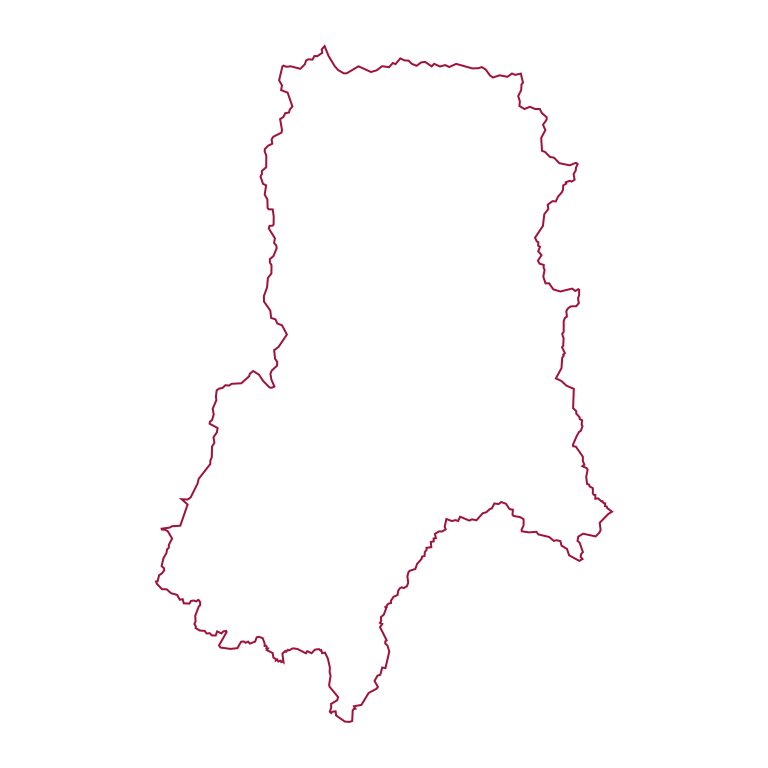 the district of Song, Phrae, Thailand
{"feature_id": "78962969B64048827158998", "entity_name": "Song", "entity_type": "district", "adm_level": 2, "iso_a3": "THA", "parent_name": "Thailand", "parent_adm1": "Phrae", "projection": "robinson", "projection_center": [100.212, 18.562], "detail": "fine", "context": "isolated", "style": "outline", "palette": "rose", "viewbox_px": 768, "rotation_deg": 0, "n_neighbors": 0, "source": "geoboundaries", "source_scale": "gbopen_adm2", "svg_char_len": 6068}
<svg xmlns="http://www.w3.org/2000/svg" viewBox="0 0 768 768"><path d="M523.0,82.6L520.8,73.6L515.2,74.9L512.0,73.5L507.4,76.8L499.6,75.3L493.0,77.5L489.9,75.4L485.7,69.5L481.7,67.1L478.5,68.2L472.3,68.4L456.2,63.9L449.2,67.0L445.2,65.1L440.0,66.5L434.1,63.8L431.7,66.4L425.1,61.9L421.2,62.4L416.5,65.8L411.6,63.7L408.5,60.6L404.4,60.4L400.3,58.4L395.5,64.1L392.8,63.0L389.1,67.2L382.1,66.2L376.7,70.3L371.0,72.0L358.5,66.3L346.7,73.3L343.7,73.3L338.2,70.1L334.8,66.3L328.6,56.1L324.6,46.1L321.7,49.4L322.3,52.8L317.3,56.2L314.4,56.0L312.5,59.6L308.5,59.3L306.1,60.4L304.9,64.2L300.4,68.8L290.7,66.3L286.4,66.8L283.5,65.6L282.4,66.5L279.1,80.3L282.0,85.4L281.1,90.1L287.6,92.6L292.4,106.5L289.7,109.7L289.0,112.5L285.2,113.2L283.4,117.0L280.1,119.1L282.0,130.0L281.5,132.6L273.4,136.7L271.6,139.4L272.3,143.7L268.0,145.8L264.8,149.1L264.7,151.7L266.3,155.4L266.2,167.2L261.9,170.9L261.9,174.1L260.5,176.4L263.0,183.8L266.1,185.4L264.7,194.7L267.4,199.4L267.6,207.9L268.7,209.3L272.7,209.4L273.7,216.2L273.6,224.5L272.7,225.6L269.5,225.9L268.8,228.5L274.9,238.3L274.1,243.0L276.2,245.4L276.7,248.2L273.4,256.1L269.8,259.2L269.9,262.5L271.5,265.2L271.4,273.5L267.9,277.9L267.1,287.2L263.9,296.1L264.0,301.6L270.3,310.6L271.1,317.9L275.5,319.4L277.3,323.5L282.0,325.3L286.9,334.5L278.5,347.0L274.1,350.2L275.1,358.8L277.2,361.9L277.1,365.6L271.6,370.7L270.4,373.9L271.4,379.6L274.4,386.6L271.6,387.8L269.5,387.4L263.1,380.9L259.0,374.7L253.2,371.0L249.8,373.8L249.2,376.2L241.3,383.3L231.7,383.8L229.0,385.6L225.4,385.2L222.5,388.0L219.4,388.5L216.7,390.3L215.9,396.7L216.4,400.1L212.7,408.7L213.7,414.5L212.0,420.2L209.9,421.7L209.6,423.7L217.6,428.0L216.9,432.3L213.5,437.2L214.4,442.7L212.0,446.6L211.8,457.2L210.3,460.7L210.3,464.0L198.7,478.8L197.5,483.7L190.7,497.3L187.8,499.5L181.6,499.2L187.6,504.5L180.3,525.7L172.1,526.2L169.7,527.6L161.6,528.7L161.8,529.5L165.3,529.8L167.9,531.4L172.1,538.6L168.8,544.9L168.8,547.8L167.1,549.4L166.4,553.2L163.5,558.0L161.6,566.1L164.0,568.2L164.2,570.3L162.2,573.1L159.1,575.3L157.6,581.3L156.0,581.5L156.8,583.7L162.0,589.2L166.7,589.3L171.0,593.2L177.1,594.9L179.8,599.7L182.7,599.2L183.7,603.3L189.4,603.6L190.9,601.0L193.5,600.5L196.3,601.4L198.1,599.9L198.9,600.3L200.1,602.2L200.2,605.2L198.8,606.4L195.2,615.9L195.6,621.3L194.4,623.9L195.9,626.7L195.6,628.0L199.7,630.5L204.7,630.9L206.6,633.5L209.7,633.2L211.7,635.4L215.7,635.5L217.1,631.4L221.4,633.4L223.3,631.4L226.2,630.9L226.6,632.0L219.0,645.5L220.5,647.5L230.3,648.9L237.4,648.2L241.1,641.7L243.8,641.5L245.6,642.8L248.1,641.6L249.9,643.6L255.1,641.6L256.7,637.3L259.0,636.8L262.7,638.2L264.6,643.3L264.6,645.9L266.0,645.7L266.8,647.0L266.4,648.4L267.9,648.5L266.8,650.1L272.7,653.1L273.4,657.6L275.9,659.1L275.8,660.5L277.3,659.6L278.3,661.5L280.7,660.7L281.3,662.1L282.6,661.4L283.5,662.2L282.4,653.6L285.2,651.0L286.0,651.8L287.8,649.8L288.9,650.4L293.0,648.3L297.5,649.0L305.9,653.3L307.2,651.2L311.6,653.2L314.8,649.7L318.9,649.1L320.6,650.6L321.3,650.2L322.1,653.2L325.0,652.6L327.9,658.7L329.9,667.7L329.6,672.1L330.6,675.9L329.1,684.9L329.6,686.8L338.1,697.1L337.2,700.2L331.1,703.9L331.2,707.6L329.8,711.7L331.1,713.1L332.1,711.8L335.6,711.3L336.1,715.5L344.9,721.6L349.7,721.9L352.2,721.0L352.7,710.4L353.8,708.8L355.4,708.7L354.0,706.3L361.4,704.9L368.7,692.9L376.5,688.8L377.9,686.8L374.5,681.0L377.5,675.6L380.3,674.8L382.2,667.5L385.4,668.1L389.3,651.6L387.5,645.6L385.2,643.5L385.3,641.4L386.7,640.4L380.0,627.1L382.3,624.0L380.0,622.9L381.2,620.7L380.9,617.1L383.8,614.7L386.1,608.5L385.4,607.2L386.7,607.0L386.5,606.0L388.3,603.7L390.9,603.1L391.0,600.6L393.6,596.7L397.5,595.1L398.2,590.8L399.9,588.2L401.8,587.3L403.8,588.1L406.9,586.2L408.2,582.8L407.4,576.3L408.5,572.1L409.8,570.7L415.3,569.0L417.1,563.9L421.6,558.8L422.0,556.7L424.6,555.9L424.8,552.0L426.6,549.9L426.5,547.8L431.3,547.2L430.8,541.9L433.7,541.4L433.6,538.5L435.9,538.1L434.9,533.9L439.0,531.4L442.0,531.5L445.7,529.4L444.7,526.7L446.4,519.0L451.8,521.0L455.7,520.1L458.1,521.0L460.1,516.7L469.4,520.6L471.9,519.3L476.4,520.3L482.8,513.2L486.2,512.3L490.0,508.9L491.8,508.5L494.3,503.5L498.8,504.0L501.1,502.0L505.9,503.7L509.5,509.1L512.9,509.7L512.5,514.8L513.5,515.9L520.4,517.2L523.6,519.3L523.6,525.3L521.6,529.5L521.8,531.3L529.0,532.4L536.4,531.8L538.3,534.4L549.2,537.0L553.8,540.9L556.5,540.2L560.4,541.1L561.5,545.6L567.0,549.0L569.1,555.3L579.3,560.9L582.5,559.0L580.7,557.0L581.0,554.3L582.9,552.1L579.6,542.7L577.5,540.9L578.3,536.6L583.1,533.7L595.6,536.4L599.5,532.5L600.6,529.9L599.7,522.8L608.4,513.9L612.0,511.7L607.3,508.1L606.7,506.5L605.0,506.1L605.2,503.4L603.6,503.2L602.5,501.2L601.5,501.5L598.2,498.4L595.3,498.7L595.3,495.0L593.7,494.8L592.8,493.4L592.9,488.2L589.6,486.4L589.1,484.6L587.1,484.0L586.2,476.9L587.6,469.7L586.7,468.1L582.4,466.2L584.4,464.7L582.9,461.1L582.8,456.6L575.9,446.7L573.1,446.2L573.0,444.6L576.6,436.3L579.0,432.0L580.9,430.7L582.5,426.2L581.6,424.7L582.1,420.2L579.8,419.2L579.5,417.2L576.2,413.5L576.3,411.2L573.1,408.2L573.8,388.8L566.5,385.7L561.4,381.0L555.9,378.4L561.5,368.1L562.2,357.6L563.7,355.8L563.2,354.7L564.9,353.1L562.0,347.2L563.2,345.8L563.6,338.5L562.2,333.9L563.7,331.8L563.7,321.0L564.9,318.1L566.9,316.5L566.3,311.2L567.7,308.7L570.6,306.4L576.2,306.2L578.8,303.1L578.0,298.4L579.1,295.2L579.2,289.9L578.3,289.2L575.3,291.0L572.1,288.6L560.3,291.5L553.3,289.4L549.1,283.3L545.5,283.3L543.3,276.7L544.6,269.8L543.6,267.8L543.8,265.0L539.5,263.6L537.9,260.7L541.5,255.1L538.2,251.3L540.0,246.8L538.1,245.7L538.4,242.3L536.8,241.4L535.0,237.7L542.9,226.0L544.3,214.2L548.3,209.0L547.7,204.7L552.4,201.2L555.8,201.4L558.0,196.7L561.7,192.5L563.0,189.6L563.2,185.4L566.3,183.6L565.8,182.2L569.8,180.8L571.7,181.6L574.6,179.7L573.6,174.1L575.7,170.6L576.0,167.5L577.7,164.1L575.9,162.8L569.7,165.3L559.3,163.2L554.1,157.7L549.9,156.9L545.1,152.0L542.0,150.8L541.2,137.9L545.4,130.1L543.0,124.7L546.6,119.7L546.6,117.1L541.8,113.1L539.8,109.0L535.1,109.0L529.9,106.8L524.5,109.0L519.4,106.0L519.9,101.5L518.2,96.1L521.2,90.1L521.5,84.4L523.0,82.6Z" fill="none" stroke="#9f1239" stroke-width="2"/></svg>